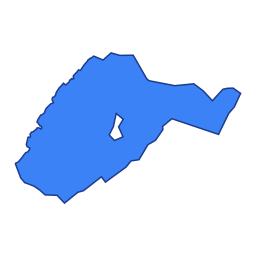 Alleghany, Virginia, United States of America (Mercator projection)
{"feature_id": "52423323B98593470147250", "entity_name": "Alleghany", "entity_type": "district", "adm_level": 2, "iso_a3": "USA", "parent_name": "United States of America", "parent_adm1": "Virginia", "projection": "mercator", "projection_center": [-80.111, 37.778], "detail": "fine", "context": "isolated", "style": "filled", "palette": "blue", "viewbox_px": 256, "rotation_deg": 0, "n_neighbors": 0, "source": "geoboundaries", "source_scale": "gbopen_adm2", "svg_char_len": 1594}
<svg xmlns="http://www.w3.org/2000/svg" viewBox="0 0 256 256"><path d="M105.4,182.1L126.0,167.1L131.1,160.9L139.0,159.7L147.9,144.7L155.5,140.3L162.9,129.6L162.6,126.4L171.9,118.7L218.5,134.4L228.8,113.3L234.4,106.8L240.6,93.4L233.1,88.1L227.2,88.3L222.9,89.3L212.4,100.7L203.2,90.9L193.8,83.8L174.8,85.7L148.9,80.7L146.6,78.6L133.2,55.2L119.9,55.4L111.1,52.9L103.1,60.0L93.7,56.1L93.5,56.3L91.3,57.9L90.3,58.2L87.7,60.3L87.4,61.3L85.7,63.0L83.7,65.5L80.5,70.3L78.5,69.9L77.2,71.7L73.9,75.1L73.2,76.3L73.2,76.9L73.7,77.5L73.6,78.7L72.7,79.1L71.9,78.6L71.7,78.6L69.8,80.2L69.5,80.6L69.3,81.6L69.0,82.1L65.7,84.9L64.4,84.2L64.0,83.6L63.4,83.2L61.8,85.3L59.1,88.0L56.9,91.4L55.9,93.4L55.9,94.3L54.4,96.8L52.7,97.3L52.3,98.2L52.1,99.8L53.5,102.7L52.7,103.3L51.2,103.5L48.5,106.0L46.9,107.7L45.8,109.1L44.8,111.3L44.6,112.5L43.2,113.9L41.5,115.1L41.2,115.2L40.7,115.1L37.9,119.6L37.2,121.3L37.1,122.3L37.6,122.5L40.2,126.1L40.7,126.0L41.6,126.6L41.6,128.4L41.4,128.8L41.2,129.0L41.0,128.7L39.6,128.1L37.8,127.8L36.8,128.1L36.3,129.2L33.2,131.7L31.4,132.2L30.0,134.4L30.3,135.1L30.5,136.8L29.9,137.3L28.3,137.1L28.0,137.3L26.3,144.6L27.1,146.6L29.8,148.1L29.7,149.2L29.4,149.7L27.8,151.9L25.7,152.7L23.2,155.7L22.3,157.2L18.3,161.9L16.0,163.0L15.4,163.8L16.6,167.0L20.8,178.1L23.8,181.5L24.7,182.7L24.8,182.7L25.6,182.9L26.1,183.1L29.0,184.2L33.9,186.1L39.9,190.2L45.1,194.9L57.1,195.3L64.5,203.1L77.8,192.3L83.5,190.7L101.4,176.8L105.4,182.1ZM109.2,135.0L113.4,126.5L116.2,113.5L123.2,119.2L118.6,126.9L123.0,136.8L114.5,140.5L109.2,135.0Z" fill="#3b82f6" stroke="#1e3a8a" stroke-width="1.5"/></svg>